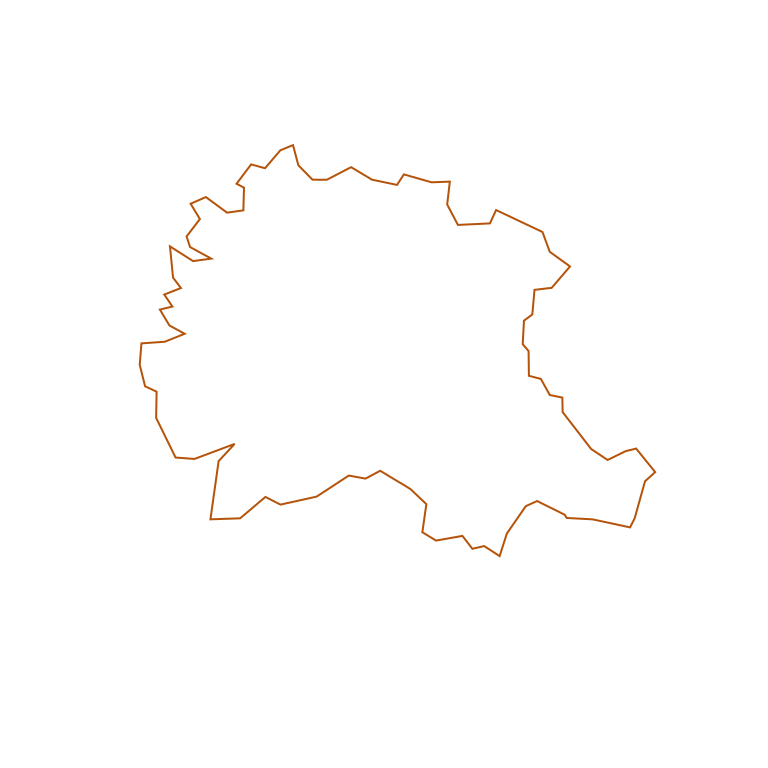 Boone, West Virginia, United States of America, rotated 325°
{"feature_id": "52423323B6396533628849", "entity_name": "Boone", "entity_type": "district", "adm_level": 2, "iso_a3": "USA", "parent_name": "United States of America", "parent_adm1": "West Virginia", "projection": "equal_earth", "projection_center": [-81.709, 37.997], "detail": "fine", "context": "isolated", "style": "outline", "palette": "amber", "viewbox_px": 768, "rotation_deg": 325, "n_neighbors": 0, "source": "geoboundaries", "source_scale": "gbopen_adm2", "svg_char_len": 1258}
<svg xmlns="http://www.w3.org/2000/svg" viewBox="0 0 768 768"><g transform="rotate(325 384 384)"><path d="M204.3,352.3L164.2,395.3L189.1,411.5L222.1,408.5L230.0,423.4L264.2,437.6L302.6,438.8L314.6,450.9L331.1,452.9L345.4,485.2L349.8,506.7L330.4,527.4L336.8,542.1L361.1,553.4L361.9,569.7L373.1,574.2L380.0,591.3L398.8,577.0L430.1,565.4L442.3,567.7L457.0,594.7L456.8,598.5L477.2,614.5L503.3,642.6L512.3,637.8L542.0,613.4L555.6,611.7L553.5,581.5L543.4,577.6L523.6,574.5L516.4,556.0L514.2,509.5L522.3,497.4L513.5,488.1L515.4,469.8L507.4,460.4L521.3,440.0L520.5,430.9L535.0,412.4L545.4,412.1L561.3,393.2L576.5,401.4L603.8,394.4L595.6,370.8L601.0,350.4L575.6,305.8L562.9,313.2L535.8,296.1L538.7,273.2L554.0,256.0L538.7,246.1L520.5,223.7L508.9,228.4L491.4,209.8L481.4,187.5L454.3,183.9L442.6,175.6L439.3,155.7L446.5,136.1L433.2,133.1L410.3,139.0L401.1,127.9L378.1,135.4L381.9,142.9L368.4,161.1L353.7,153.6L345.3,128.7L329.0,125.4L327.8,143.3L306.9,149.9L303.7,160.6L314.4,182.2L298.1,173.8L287.6,148.5L272.2,175.9L272.7,188.9L255.3,184.7L255.1,199.2L243.1,194.5L241.8,213.0L249.5,228.5L228.6,223.6L208.6,211.6L194.9,228.2L187.0,248.8L193.3,259.9L177.9,281.1L171.1,324.7L185.8,336.7L227.3,347.4L204.3,352.3Z" fill="none" stroke="#b45309" stroke-width="2"/></g></svg>